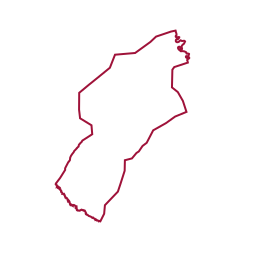 the district of Xishig-O'ndor, Bulgan, Mongolia, rotated 63°
{"feature_id": "93677404B24557728041379", "entity_name": "Xishig-O'ndor", "entity_type": "district", "adm_level": 2, "iso_a3": "MNG", "parent_name": "Mongolia", "parent_adm1": "Bulgan", "projection": "orthographic", "projection_center": [103.627, 48.211], "detail": "fine", "context": "isolated", "style": "outline", "palette": "rose", "viewbox_px": 256, "rotation_deg": 63, "n_neighbors": 0, "source": "geoboundaries", "source_scale": "gbopen_adm2", "svg_char_len": 5041}
<svg xmlns="http://www.w3.org/2000/svg" viewBox="0 0 256 256"><g transform="rotate(63 128 128)"><path d="M140.2,68.6L128.8,66.8L118.6,67.3L111.8,70.4L96.2,62.0L94.7,59.1L96.9,45.0L94.8,44.4L94.6,44.5L94.4,44.5L94.1,44.2L93.8,43.5L93.8,42.5L93.7,42.2L93.6,41.8L93.4,41.6L93.1,41.6L92.7,41.6L92.3,41.8L92.2,41.9L92.2,42.2L92.3,42.3L92.4,42.9L92.3,43.5L92.2,43.8L91.7,44.1L91.4,44.2L90.8,44.1L90.5,43.8L90.4,43.5L90.5,43.3L90.6,43.1L90.9,42.8L91.2,42.2L91.2,41.9L91.1,41.4L91.0,41.2L90.0,40.2L89.8,40.0L89.6,40.0L89.4,40.2L88.8,40.9L88.7,41.4L88.5,41.8L88.3,42.0L87.8,42.0L87.2,41.8L86.7,41.9L86.1,42.4L85.4,42.9L84.5,44.1L84.2,44.6L84.1,44.9L83.7,45.8L83.5,46.2L83.3,46.3L82.4,46.4L81.5,47.0L81.2,47.1L80.8,47.2L80.0,47.2L79.3,47.1L78.8,46.6L78.7,46.4L78.7,45.8L78.8,45.4L79.0,45.2L79.4,45.0L80.4,45.1L81.1,45.1L82.0,44.6L82.2,44.4L82.2,44.1L81.8,43.8L80.0,43.4L79.3,42.9L78.6,41.4L78.4,40.4L78.3,39.8L77.4,38.7L76.9,37.9L76.5,37.9L75.9,38.2L75.5,39.0L75.1,40.2L74.9,40.5L74.6,40.8L74.1,41.1L73.8,41.2L73.8,41.4L73.8,41.9L74.0,42.9L74.2,43.2L74.2,44.4L74.1,44.8L73.8,45.4L73.4,45.7L73.1,45.9L72.5,46.0L72.0,45.8L71.5,45.5L71.1,45.0L71.0,44.7L71.0,44.3L71.5,43.7L71.5,43.3L71.4,42.8L71.1,42.0L70.7,41.3L70.6,41.2L70.4,41.1L70.1,41.3L69.9,41.7L69.4,43.1L69.3,43.4L69.1,43.7L68.8,43.9L68.4,44.0L68.0,43.9L67.8,43.8L67.5,43.4L67.5,43.0L67.3,42.6L66.6,42.3L65.5,41.9L65.1,41.9L64.4,41.9L63.5,41.5L62.8,41.4L61.6,45.9L59.3,61.5L61.5,69.0L64.4,87.6L56.8,106.3L66.1,116.8L70.9,139.2L71.7,143.1L74.5,155.5L89.5,163.3L97.6,166.3L109.0,159.3L117.3,162.7L118.5,174.4L119.1,175.3L119.5,175.9L119.6,176.2L119.6,176.9L120.1,177.8L120.2,178.3L120.4,178.5L120.5,179.0L120.8,179.5L122.1,180.5L122.2,181.2L122.6,182.4L122.6,182.5L122.9,182.8L122.9,183.2L123.3,184.0L124.1,186.4L124.9,187.4L125.8,189.4L126.9,191.4L128.1,192.9L130.3,194.4L131.0,195.7L131.1,195.9L131.0,196.1L131.6,197.1L135.1,202.0L135.8,202.6L136.8,203.0L141.7,211.2L145.0,218.1L145.0,217.9L145.3,218.0L145.7,217.7L145.8,217.4L146.1,217.4L146.5,217.7L146.7,217.8L147.2,217.7L147.5,217.8L147.7,217.6L148.0,217.7L147.7,217.4L147.8,217.1L148.4,217.0L148.5,217.1L148.6,217.4L148.7,217.1L148.8,217.1L149.1,217.3L149.1,216.9L149.0,216.7L149.6,216.2L150.1,216.1L150.3,215.9L150.8,216.2L150.7,216.5L151.1,216.6L151.1,216.8L151.6,216.5L151.9,216.6L152.0,216.5L151.8,216.3L151.7,216.2L151.8,216.1L152.0,216.0L152.6,216.3L152.8,216.3L153.9,216.0L154.1,216.1L154.2,216.5L154.4,216.6L155.0,216.6L155.5,216.1L156.4,216.1L156.6,216.1L156.8,216.3L157.0,215.8L157.3,215.6L157.4,215.3L157.7,215.2L157.9,215.4L158.1,215.2L158.0,214.9L158.4,214.9L158.5,215.0L158.6,214.9L158.9,214.9L159.0,215.1L160.1,215.0L160.4,215.3L160.5,215.3L161.0,215.0L161.3,215.0L161.5,215.2L161.6,215.3L162.0,214.9L162.1,215.1L162.3,215.0L162.6,215.0L162.9,214.4L163.2,214.5L163.6,214.3L163.9,214.1L164.1,214.1L164.6,214.3L164.9,214.0L165.0,213.9L165.2,214.0L165.0,214.5L165.3,214.7L165.5,214.7L165.4,214.4L165.5,214.2L165.7,214.3L165.9,214.4L165.8,213.9L166.0,213.8L166.4,214.1L166.5,214.1L166.6,213.6L167.0,213.6L167.1,213.9L167.4,214.1L167.7,213.9L167.8,213.8L168.0,213.8L168.4,214.0L168.9,213.9L168.9,214.0L169.1,214.2L169.4,214.3L169.8,214.1L170.3,214.3L170.7,214.3L171.0,213.9L170.8,213.8L170.8,213.6L171.0,213.4L171.2,213.5L171.1,213.4L171.0,213.1L170.9,212.9L171.2,212.7L171.7,212.9L171.9,212.8L171.6,212.7L171.8,212.4L171.7,212.2L171.8,211.8L172.1,211.9L172.1,212.1L172.3,212.0L172.2,211.8L172.1,211.7L171.9,211.6L172.0,211.3L172.4,210.8L172.6,210.7L172.8,210.9L173.1,210.6L173.3,210.4L173.7,210.2L174.3,210.2L174.5,210.1L174.5,209.6L175.0,209.8L175.2,209.7L175.3,209.8L175.6,210.2L175.8,210.2L175.8,210.3L176.0,210.3L176.1,210.5L176.0,210.8L176.3,210.7L176.5,210.7L176.8,210.5L177.4,210.4L177.6,210.4L177.9,210.8L178.1,210.8L178.2,210.7L178.3,210.4L178.7,210.1L179.0,210.0L179.0,209.9L179.0,209.5L179.2,209.2L179.7,208.7L179.6,208.3L179.8,208.0L179.6,207.4L179.6,206.9L179.6,206.6L180.0,206.4L180.1,206.1L180.3,205.9L180.5,206.0L180.6,205.9L180.5,205.5L180.5,205.4L181.3,204.7L181.5,204.7L181.6,204.8L181.7,205.0L181.8,205.1L181.6,204.5L181.6,204.3L181.7,204.2L181.9,204.3L182.0,204.4L182.1,204.2L182.3,204.0L182.8,204.1L183.0,204.0L183.5,204.1L183.6,204.3L183.6,204.1L183.8,204.0L184.0,204.1L184.4,204.0L184.7,204.0L184.8,204.2L184.9,204.4L185.1,204.4L185.3,204.6L185.8,204.6L186.2,204.3L186.2,204.2L186.3,204.0L186.8,203.9L187.1,203.4L187.6,203.3L188.7,202.8L188.9,202.5L189.1,202.4L189.8,201.6L190.8,201.0L191.9,200.6L191.9,200.4L191.8,200.2L191.8,199.9L192.1,199.8L192.1,199.7L192.3,199.6L192.5,199.6L193.6,199.1L193.8,199.1L194.4,198.9L194.6,198.7L195.0,198.8L195.0,198.5L194.9,198.3L195.1,198.3L195.1,198.1L195.8,198.0L195.8,197.8L195.7,197.7L195.9,197.5L196.0,197.5L196.3,197.6L196.5,197.2L196.9,196.7L197.6,196.6L197.5,196.3L197.6,195.9L197.8,195.7L198.1,195.4L198.7,195.5L199.1,195.7L193.6,188.2L186.3,183.6L180.1,165.9L174.6,160.3L164.6,150.4L155.3,145.4L156.9,138.3L154.1,131.8L153.8,129.0L150.6,123.2L149.7,118.1L141.5,106.6L140.9,92.0L139.2,80.8L140.2,68.6Z" fill="none" stroke="#9f1239" stroke-width="2"/></g></svg>